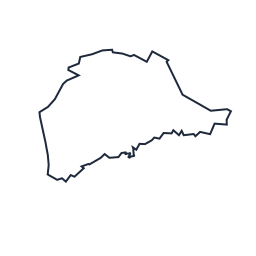 Blount, Alabama, United States of America, rotated 208°
{"feature_id": "52423323B18752105909631", "entity_name": "Blount", "entity_type": "district", "adm_level": 2, "iso_a3": "USA", "parent_name": "United States of America", "parent_adm1": "Alabama", "projection": "natural_earth1", "projection_center": [-86.638, 34.013], "detail": "fine", "context": "isolated", "style": "outline", "palette": "slate", "viewbox_px": 256, "rotation_deg": 208, "n_neighbors": 0, "source": "geoboundaries", "source_scale": "gbopen_adm2", "svg_char_len": 1553}
<svg xmlns="http://www.w3.org/2000/svg" viewBox="0 0 256 256"><g transform="rotate(208 128 128)"><path d="M42.4,177.4L44.8,181.6L45.0,191.1L49.4,191.1L63.0,182.1L87.8,182.8L95.4,183.0L125.0,204.6L124.3,206.8L139.8,207.0L142.5,207.0L142.5,195.3L157.0,195.3L159.4,192.5L167.8,191.1L176.9,187.7L178.8,189.6L187.0,184.5L194.4,176.2L203.5,168.3L201.7,161.8L208.8,153.6L207.9,151.2L196.3,151.3L204.3,141.2L206.0,136.5L206.1,119.1L208.6,109.0L213.6,100.4L210.9,96.4L194.1,76.6L192.0,73.9L186.2,66.6L184.1,63.4L180.6,58.0L177.1,49.3L174.8,49.2L166.2,49.0L162.7,52.6L157.7,51.5L156.5,59.5L152.4,59.9L148.2,71.7L150.9,72.3L146.1,77.6L145.0,77.7L138.1,88.8L136.4,94.0L130.4,93.0L122.8,97.8L122.0,102.8L121.5,103.3L121.1,103.5L120.0,104.3L119.4,104.8L119.1,105.1L118.8,105.3L118.6,105.3L118.4,105.1L118.5,104.7L118.4,104.2L118.2,104.0L117.9,103.8L117.7,103.9L117.5,104.1L117.1,104.8L116.7,105.1L115.7,105.5L115.2,105.8L114.6,106.6L114.3,106.7L114.1,106.5L114.0,106.3L114.0,105.2L113.7,104.5L113.7,104.3L114.0,103.6L114.0,103.1L114.0,102.7L113.8,102.5L113.6,102.5L113.1,102.5L112.7,102.6L112.6,103.1L112.2,103.8L112.0,104.2L111.3,104.9L110.1,105.6L109.7,106.0L109.6,106.4L109.7,106.6L110.2,107.1L110.6,107.3L111.1,108.1L111.6,109.0L112.1,109.6L112.5,110.3L112.7,110.5L112.9,111.3L113.2,111.7L114.6,113.2L110.5,112.7L110.4,119.4L105.4,121.8L101.3,128.2L100.3,131.9L95.2,133.4L94.2,140.3L87.0,143.7L86.9,147.3L79.6,145.6L79.3,150.7L75.4,147.8L67.2,153.5L64.6,152.4L62.5,158.4L52.6,161.1L53.6,172.5L42.4,177.4Z" fill="none" stroke="#1e293b" stroke-width="2"/></g></svg>